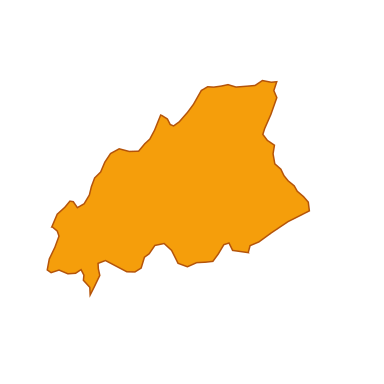 Lindesberg, Orebro, Sweden, rotated 113°
{"feature_id": "70781695B98583425778893", "entity_name": "Lindesberg", "entity_type": "district", "adm_level": 2, "iso_a3": "SWE", "parent_name": "Sweden", "parent_adm1": "Orebro", "projection": "equal_earth", "projection_center": [15.383, 59.693], "detail": "fine", "context": "isolated", "style": "filled", "palette": "amber", "viewbox_px": 384, "rotation_deg": 113, "n_neighbors": 0, "source": "geoboundaries", "source_scale": "gbopen_adm2", "svg_char_len": 1374}
<svg xmlns="http://www.w3.org/2000/svg" viewBox="0 0 384 384"><g transform="rotate(113 192 192)"><path d="M163.5,76.6L155.9,81.0L152.7,87.5L150.2,95.4L146.4,100.3L144.2,107.8L141.0,113.8L136.3,119.1L133.7,126.8L125.2,132.3L116.7,134.4L115.1,142.7L111.3,149.3L105.2,149.9L89.8,149.7L72.0,150.8L66.7,156.3L57.4,157.1L60.0,161.9L61.9,170.8L62.3,171.0L69.3,175.6L72.8,182.1L78.2,192.5L79.1,200.8L83.1,206.5L87.0,213.0L89.0,218.7L94.9,223.1L110.7,224.9L120.6,227.3L132.5,231.2L138.4,234.8L138.4,238.4L134.4,243.2L133.4,249.4L133.4,250.9L149.8,250.6L159.8,251.5L166.0,254.3L175.3,257.1L179.2,265.6L180.7,275.9L188.4,282.0L198.5,283.9L209.3,283.9L217.1,287.1L226.4,286.7L234.9,285.3L245.0,286.7L251.2,291.4L247.3,297.5L248.1,300.8L255.8,303.1L265.1,307.4L278.9,307.4L278.7,307.1L280.6,300.8L284.6,297.2L296.5,296.6L309.4,297.2L320.3,294.8L321.3,290.2L315.8,283.9L315.8,274.3L312.3,267.4L306.8,263.8L310.8,259.0L315.7,257.5L319.7,248.8L326.2,245.7L326.6,245.5L317.7,244.9L304.8,244.3L299.3,248.2L294.4,250.6L288.9,244.9L290.9,220.8L287.9,213.3L281.9,209.1L270.6,210.3L265.6,207.3L255.7,205.3L250.3,197.5L253.7,188.0L259.9,180.7L263.1,177.0L262.6,167.0L255.2,160.1L251.2,151.9L247.7,145.7L238.8,143.6L228.0,142.1L224.5,138.0L229.9,131.8L225.8,116.4L225.6,116.6L218.7,117.6L211.8,110.9L198.9,103.2L181.7,92.0L163.5,76.6Z" fill="#f59e0b" stroke="#b45309" stroke-width="1.5"/></g></svg>